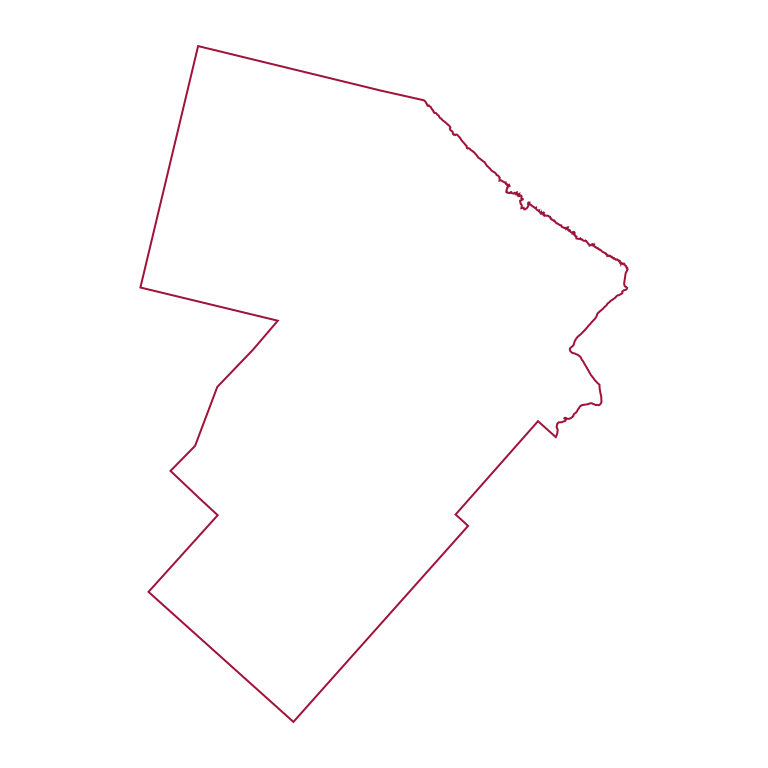 the district of Tordillo, Buenos Aires, Argentina
{"feature_id": "61730980B48361677573227", "entity_name": "Tordillo", "entity_type": "district", "adm_level": 2, "iso_a3": "ARG", "parent_name": "Argentina", "parent_adm1": "Buenos Aires", "projection": "mercator", "projection_center": [-57.084, -36.413], "detail": "fine", "context": "isolated", "style": "outline", "palette": "rose", "viewbox_px": 768, "rotation_deg": 0, "n_neighbors": 0, "source": "geoboundaries", "source_scale": "gbopen_adm2", "svg_char_len": 6077}
<svg xmlns="http://www.w3.org/2000/svg" viewBox="0 0 768 768"><path d="M293.4,721.9L468.1,525.9L455.6,514.5L538.0,421.2L555.8,437.1L556.4,435.9L557.3,433.2L557.7,429.9L556.6,426.9L557.2,424.0L558.1,422.8L558.9,422.3L561.3,422.3L565.3,420.9L565.8,419.7L565.6,419.3L564.4,418.5L564.5,418.0L565.3,417.8L566.1,418.1L567.3,418.8L568.2,418.9L569.2,418.8L571.5,417.7L573.3,416.1L573.4,415.2L574.3,413.8L575.8,412.8L577.1,411.2L578.0,409.3L578.8,408.4L579.9,406.5L581.7,405.2L587.9,404.2L590.0,403.4L591.5,403.2L595.9,405.1L596.8,404.8L598.8,405.2L599.6,404.8L600.5,403.9L601.5,402.1L601.4,400.5L601.2,396.4L600.3,392.5L599.7,388.8L599.5,386.7L599.5,384.7L598.1,383.6L594.3,379.6L593.5,378.2L590.9,375.0L585.4,365.3L584.7,364.4L583.7,362.3L582.6,360.6L581.9,359.9L580.6,357.1L578.6,355.4L577.4,354.6L576.4,354.3L574.8,353.5L572.3,352.9L571.1,351.9L570.4,351.1L570.0,350.1L569.8,348.9L570.3,348.0L572.3,346.4L573.7,344.8L574.7,341.2L576.1,338.8L576.9,337.7L578.0,336.5L581.0,334.0L586.2,328.6L588.8,325.4L590.4,323.9L591.2,322.7L594.9,318.8L596.3,316.9L597.5,313.5L599.8,311.4L602.7,309.0L604.5,307.0L606.5,305.3L607.5,303.6L609.5,302.1L610.6,300.9L614.2,298.5L615.5,297.5L616.3,296.3L617.6,295.4L618.9,295.2L622.3,293.3L622.4,292.7L622.2,291.9L622.3,291.4L623.7,290.4L625.4,289.9L626.6,289.2L627.1,287.8L626.3,287.1L625.0,286.4L624.6,285.8L624.1,283.6L625.7,273.0L627.6,269.6L627.1,268.9L627.4,268.2L627.2,267.8L626.7,267.8L626.2,266.9L626.2,266.2L625.5,265.8L625.1,265.2L624.1,264.6L624.2,263.7L622.9,263.5L622.4,263.9L621.9,263.7L622.0,263.2L621.8,263.1L621.0,263.2L620.9,263.5L620.7,262.6L620.2,262.7L620.2,262.1L619.7,261.8L619.7,261.5L619.4,261.7L619.1,261.4L619.3,260.8L618.9,260.4L618.2,260.4L617.8,259.9L617.5,259.9L617.2,259.5L616.1,259.7L615.9,259.3L615.4,259.3L615.1,259.0L614.5,258.9L614.2,258.3L613.5,258.5L613.1,257.7L612.7,257.5L612.3,257.6L612.0,257.1L611.8,257.3L611.6,257.2L611.5,256.7L610.6,256.5L610.3,256.1L609.9,256.1L609.8,255.8L608.9,256.0L608.7,255.8L608.8,255.6L608.4,255.5L607.3,256.0L607.1,254.9L606.7,254.7L606.4,254.0L606.0,254.1L605.5,253.2L604.8,253.1L604.4,252.7L602.7,252.0L600.3,249.8L600.0,249.9L599.3,249.3L599.0,249.4L598.3,248.9L598.2,248.6L597.6,248.4L597.6,248.2L597.2,248.2L596.4,247.8L596.1,247.3L595.6,247.3L595.4,246.9L594.8,246.8L594.0,246.0L594.1,245.1L593.3,245.4L593.1,245.1L593.2,244.7L592.7,245.0L592.7,244.5L592.3,244.1L591.2,244.9L589.5,245.6L589.3,244.9L588.8,244.1L588.0,243.6L587.7,242.9L586.4,241.5L586.3,241.0L585.5,240.8L585.4,240.6L584.7,240.9L583.0,240.5L582.2,239.5L581.6,239.5L581.4,239.1L580.7,239.3L580.0,238.9L580.0,238.6L579.3,239.0L576.4,238.5L576.2,237.4L576.4,236.6L575.7,236.5L575.3,235.4L574.8,235.5L574.0,234.6L574.1,233.9L574.7,233.0L574.6,232.9L573.2,233.4L573.6,232.4L572.6,232.8L572.6,232.2L571.5,232.6L569.6,231.1L569.9,230.3L569.6,230.0L568.6,230.5L568.0,229.8L567.5,229.0L567.8,228.0L566.6,228.6L566.9,227.7L566.4,227.9L566.1,227.7L566.2,227.4L565.8,227.8L565.6,228.3L565.2,228.1L564.7,228.2L564.2,228.1L563.8,227.6L561.9,226.9L561.5,226.4L561.3,225.4L559.6,225.0L558.0,223.8L557.3,223.7L557.2,223.4L556.2,223.0L555.3,221.8L554.5,221.4L554.3,221.2L554.4,220.5L554.2,220.4L553.4,220.6L552.8,219.9L552.3,219.6L551.7,219.6L551.3,219.0L550.9,218.8L551.0,218.3L550.3,217.9L550.1,217.0L549.8,217.1L549.2,216.5L547.7,215.6L546.5,215.8L545.2,215.4L544.5,215.8L544.1,215.6L543.9,215.0L544.0,214.5L543.9,214.3L543.5,214.5L543.4,214.1L543.6,213.6L543.2,213.8L543.2,213.2L542.6,213.4L542.7,212.9L541.9,213.3L541.5,213.2L541.4,212.8L541.1,213.6L540.9,213.7L539.0,211.1L539.1,210.5L538.5,210.8L538.3,210.4L537.5,210.2L536.5,209.4L535.9,208.5L536.0,207.7L535.2,208.1L534.7,207.9L534.1,207.1L533.3,206.8L531.6,205.6L531.4,205.1L530.0,204.5L529.5,203.9L529.5,202.9L529.1,203.1L529.2,202.5L528.5,202.5L528.1,203.1L528.0,204.0L528.4,204.8L528.4,205.5L527.8,206.8L526.8,208.2L525.4,209.2L524.3,209.4L523.6,208.1L523.6,207.8L521.4,208.2L521.8,205.9L521.4,204.4L520.8,204.0L520.3,202.5L520.1,201.0L520.1,200.7L520.9,200.6L521.7,199.9L522.5,199.7L522.9,199.1L522.7,198.9L521.7,198.9L521.3,198.6L521.6,196.5L521.3,195.7L520.3,195.3L519.6,196.0L518.8,196.1L519.1,194.3L518.1,195.1L518.1,195.6L517.8,195.5L517.8,194.8L518.2,194.0L517.8,193.7L517.4,193.7L516.8,194.2L516.2,194.4L516.1,194.2L516.5,192.9L516.1,193.1L515.9,193.5L515.6,193.5L516.1,192.7L515.0,193.1L514.7,193.2L514.6,192.9L514.4,192.9L514.0,193.5L513.6,193.6L511.5,193.0L511.3,192.1L511.1,192.0L510.6,192.2L509.7,193.1L507.5,192.7L507.5,192.4L507.2,192.1L506.5,192.1L506.5,191.7L506.9,191.6L506.7,191.1L506.4,191.1L506.6,189.7L507.3,188.5L507.1,187.9L507.4,187.4L507.6,187.4L507.9,186.8L509.4,186.0L509.0,185.7L509.0,185.4L508.5,185.8L508.1,185.8L507.3,185.4L507.0,184.9L507.5,184.5L506.6,184.0L506.1,184.0L506.0,183.8L506.0,183.3L505.3,182.9L505.4,182.4L504.5,182.4L503.6,181.7L503.0,181.7L501.2,180.4L499.5,180.6L499.7,179.8L499.4,178.3L499.7,177.7L498.4,175.9L498.0,175.5L496.8,175.2L496.5,174.9L496.3,174.1L494.5,172.3L493.2,171.7L491.2,170.3L490.3,168.9L488.9,167.7L488.2,166.8L486.9,166.0L486.7,165.3L485.1,163.2L484.8,162.4L482.8,161.0L479.3,158.2L478.2,157.6L477.4,156.1L476.9,155.8L476.5,155.0L475.0,153.5L474.3,152.5L473.0,151.6L472.9,151.3L470.8,150.0L470.0,149.1L468.9,148.3L468.4,148.2L467.7,148.5L467.1,148.3L466.8,147.8L466.8,146.8L466.5,146.5L466.4,145.6L465.4,144.9L464.4,143.5L462.5,141.5L460.7,139.1L460.4,138.3L459.8,137.7L459.6,137.2L458.5,136.3L458.2,135.8L457.2,134.7L456.0,134.5L455.4,135.1L454.0,134.5L453.8,134.7L453.1,134.2L453.2,133.4L452.7,132.7L452.7,132.0L451.7,130.9L450.7,130.4L450.0,129.3L449.9,128.3L450.4,127.5L449.5,126.0L444.7,121.8L443.0,120.6L440.9,118.4L440.3,118.3L439.2,116.8L438.7,115.6L437.6,114.9L436.0,113.1L434.4,112.9L433.7,112.0L433.7,111.5L433.1,110.9L433.1,110.4L431.9,109.2L430.9,107.2L429.0,105.8L428.8,105.4L428.0,105.5L427.9,105.8L427.5,105.7L426.9,104.5L426.9,104.1L426.6,103.5L426.1,103.0L425.5,101.7L423.9,100.3L381.2,90.7L198.1,46.1L140.4,287.5L277.8,320.7L253.1,349.6L217.3,386.9L195.1,445.8L170.5,470.9L199.5,498.4L217.7,515.2L148.5,591.9L293.4,721.9Z" fill="none" stroke="#9f1239" stroke-width="2"/></svg>